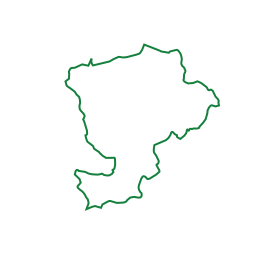 map outline of Comayagua (Mercator projection), rotated 22°
{"feature_id": "HND-646", "entity_name": "Comayagua", "entity_type": "Department", "adm_level": 1, "iso_a3": "HND", "parent_name": "Honduras", "parent_adm1": "", "projection": "mercator", "projection_center": [-87.57, 14.554], "detail": "fine", "context": "isolated", "style": "outline", "palette": "green", "viewbox_px": 256, "rotation_deg": 22, "n_neighbors": 0, "source": "natural_earth", "source_scale": "10m", "svg_char_len": 3321}
<svg xmlns="http://www.w3.org/2000/svg" viewBox="0 0 256 256"><g transform="rotate(22 128 128)"><path d="M52.6,108.2L54.8,104.4L53.2,99.8L52.1,98.0L52.2,95.5L52.6,94.1L53.5,93.3L55.5,92.4L56.4,91.8L61.7,86.2L67.9,85.1L68.2,77.2L69.1,80.1L70.3,81.9L72.1,83.1L86.0,73.2L88.5,69.9L92.3,65.9L93.0,65.4L96.9,64.5L100.1,62.9L108.1,57.0L111.0,54.4L111.8,50.5L111.8,44.6L128.1,44.4L130.1,44.6L137.7,42.9L138.3,41.3L143.4,37.6L144.0,37.3L144.6,37.2L145.4,37.4L146.4,37.8L148.7,39.4L150.0,40.8L151.9,43.5L152.4,45.1L152.9,47.3L153.2,48.1L153.6,48.8L154.5,49.6L155.3,50.2L157.0,50.8L157.7,51.2L158.4,52.2L159.3,52.7L159.9,53.8L160.1,54.7L159.9,56.4L160.0,57.2L160.2,58.2L160.7,59.5L160.9,60.3L161.4,61.4L161.4,61.8L161.4,62.3L161.4,62.7L161.8,63.2L162.7,63.7L164.6,64.1L167.2,64.1L171.5,61.9L174.9,58.7L179.1,58.9L185.3,60.6L186.1,61.0L187.4,62.2L188.4,62.7L189.4,62.4L190.5,61.3L191.6,61.5L192.7,61.8L197.4,66.1L200.4,67.5L201.1,68.0L202.0,69.0L202.2,70.3L203.9,73.0L201.1,75.2L197.4,75.5L196.9,75.7L196.4,76.2L195.9,77.1L195.4,78.9L195.2,81.7L196.0,84.5L196.7,90.6L195.7,94.9L193.8,99.9L193.7,100.6L193.9,100.9L193.8,101.2L193.5,101.7L192.2,102.6L191.3,103.0L190.5,103.3L189.9,103.5L189.3,103.7L187.8,104.9L186.8,105.2L186.2,105.3L185.8,105.6L185.6,106.1L185.5,107.2L185.3,107.7L184.7,107.8L184.3,107.6L184.1,107.3L183.8,107.1L183.5,107.3L183.4,108.0L183.7,109.3L183.8,110.4L183.8,111.3L183.2,113.8L180.6,118.5L178.6,118.3L177.9,118.2L177.2,118.0L176.6,117.7L176.4,117.3L176.2,116.6L176.0,116.3L175.5,116.3L175.0,116.3L174.3,116.3L173.6,116.1L172.8,115.8L172.1,115.4L171.3,115.1L170.7,115.0L170.1,115.4L169.8,116.1L169.9,118.8L169.7,119.8L169.5,120.8L169.4,121.7L167.8,125.0L158.9,133.9L159.5,136.7L159.9,138.1L160.6,139.8L161.5,141.1L164.3,142.9L168.4,146.6L168.9,147.2L169.2,148.1L169.2,149.8L168.7,150.6L168.2,151.1L168.3,151.6L168.6,152.1L172.9,155.5L173.5,156.8L171.6,160.6L167.1,166.8L166.2,167.5L164.9,168.0L162.7,166.9L161.7,166.7L160.9,166.8L160.1,167.1L159.6,168.2L159.3,170.1L159.6,177.2L160.0,179.0L160.6,180.1L161.6,181.3L162.6,182.2L163.4,182.8L164.0,183.0L164.6,183.2L165.0,183.5L165.2,183.8L165.8,184.9L166.0,185.7L166.0,186.7L165.3,187.9L164.0,188.6L159.4,189.6L156.0,191.8L154.1,195.6L154.0,196.6L152.9,198.0L150.8,199.3L145.8,201.6L140.2,202.2L139.1,202.2L138.0,202.7L136.7,203.9L133.0,208.4L132.9,212.1L126.7,212.7L124.4,214.4L119.9,218.8L119.7,212.7L118.7,210.9L117.4,209.2L115.6,208.2L112.5,205.6L110.6,204.5L108.6,203.7L106.8,203.3L103.9,202.2L103.3,201.6L103.1,200.9L103.3,200.0L103.7,199.3L104.6,196.4L102.2,193.5L96.1,191.0L95.6,187.4L96.1,186.2L96.5,185.9L97.0,185.8L97.3,185.8L98.3,186.3L104.8,184.7L108.3,185.0L111.1,184.6L113.2,184.0L117.0,182.7L118.6,181.9L120.9,180.1L123.5,180.5L126.3,179.9L127.8,179.3L128.6,178.7L130.3,176.6L130.9,174.2L129.4,172.8L130.6,170.9L130.0,167.4L129.5,166.0L127.4,161.4L126.6,160.7L118.7,164.0L117.3,163.6L115.4,163.4L111.9,162.1L110.0,161.1L104.7,160.0L104.2,159.8L102.6,158.1L102.4,157.8L95.5,155.9L93.1,153.4L91.3,150.7L92.0,150.0L92.2,149.6L92.3,149.1L92.2,148.4L90.9,145.8L85.2,138.7L83.2,136.7L83.4,135.0L83.3,133.2L82.7,132.4L81.6,131.5L77.3,129.4L76.0,128.3L74.9,126.1L74.5,124.9L74.3,123.1L74.1,122.4L72.7,119.7L71.1,117.5L67.9,116.3L64.9,114.2L58.9,112.6L57.6,112.4L55.9,111.9L55.0,111.5L52.6,108.2Z" fill="none" stroke="#15803d" stroke-width="2"/></g></svg>